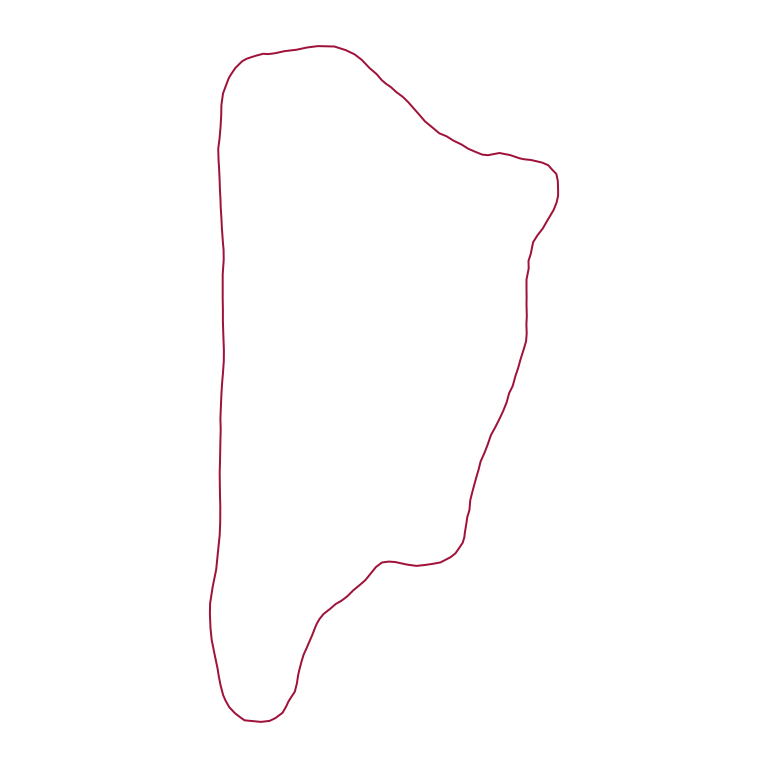 the district of Mulaku, Maldives
{"feature_id": "70690204B6879359618468", "entity_name": "Mulaku", "entity_type": "district", "adm_level": 2, "iso_a3": "MDV", "parent_name": "Maldives", "parent_adm1": "", "projection": "equal_earth", "projection_center": [73.487, 2.962], "detail": "fine", "context": "isolated", "style": "outline", "palette": "rose", "viewbox_px": 768, "rotation_deg": 0, "n_neighbors": 0, "source": "geoboundaries", "source_scale": "gbopen_adm2", "svg_char_len": 2428}
<svg xmlns="http://www.w3.org/2000/svg" viewBox="0 0 768 768"><path d="M260.8,721.9L269.6,720.9L275.4,718.1L282.6,712.7L286.3,706.2L288.5,701.4L292.0,695.9L294.8,691.7L296.9,683.4L298.2,674.8L299.6,668.8L301.6,661.3L303.6,654.7L306.4,648.6L308.3,644.1L312.1,635.4L314.8,628.4L316.7,623.9L319.5,619.0L323.5,614.0L330.3,608.7L335.7,604.0L341.5,600.7L347.4,596.2L353.3,590.3L360.1,584.7L365.4,580.1L369.9,574.5L376.0,567.0L382.0,562.5L388.7,561.6L395.1,562.0L407.1,564.6L416.5,565.9L425.6,564.9L432.4,563.9L440.5,562.4L450.7,557.1L455.4,553.4L459.4,547.7L462.7,542.7L464.3,537.4L464.9,532.4L466.2,524.5L467.3,517.0L469.4,510.2L470.3,500.1L471.8,494.0L473.5,487.6L476.2,477.7L478.6,469.6L480.6,461.5L484.7,452.3L488.0,443.7L490.8,435.4L495.5,426.8L500.3,417.2L503.2,410.9L506.7,402.2L509.1,393.2L512.7,386.0L515.5,375.8L518.0,368.5L520.6,359.1L524.0,348.4L526.1,341.1L526.7,333.3L526.4,324.5L526.8,316.0L526.5,304.5L526.6,297.5L526.5,288.3L526.5,279.5L528.7,268.5L528.5,260.8L530.6,254.5L530.8,253.7L533.1,242.2L537.6,235.1L542.7,228.6L547.1,220.9L550.7,214.9L553.7,209.8L556.6,202.4L558.1,195.8L558.1,190.3L557.8,180.7L556.3,173.9L552.1,169.6L548.2,165.2L542.2,162.6L531.1,160.0L524.4,159.3L519.9,158.4L510.2,155.1L499.4,153.0L487.9,155.2L482.2,154.6L475.8,152.0L468.3,148.8L461.7,144.6L453.6,140.7L446.6,136.3L439.3,133.3L432.3,127.4L425.0,121.4L419.6,115.1L414.4,109.2L407.7,101.6L402.8,96.9L396.1,91.9L391.0,87.2L386.2,83.9L381.9,80.3L376.7,74.2L369.5,68.0L361.8,59.9L354.5,54.3L345.7,50.1L334.4,46.5L318.0,46.1L307.0,47.5L296.7,49.7L284.2,51.2L275.3,53.2L268.3,54.1L263.1,53.8L256.3,55.6L251.2,57.2L246.5,58.8L242.1,61.3L235.4,67.9L232.0,72.9L228.9,77.8L226.4,84.3L223.0,93.5L221.4,105.1L221.2,115.5L220.6,126.2L219.6,138.0L218.2,149.0L218.6,160.9L219.0,166.9L219.6,179.2L219.9,188.9L220.5,200.0L220.7,207.2L221.4,218.1L221.9,228.2L222.9,242.3L223.6,250.1L223.7,259.9L222.7,274.4L222.7,289.4L222.7,299.1L222.9,309.4L222.9,321.1L223.3,333.9L223.9,350.5L223.8,361.2L222.9,373.9L222.1,383.1L221.4,394.5L221.0,403.6L220.4,418.5L220.7,429.5L220.4,441.1L220.2,451.4L220.0,462.0L219.7,472.3L219.8,482.5L220.0,495.9L220.3,506.5L220.2,522.8L219.7,535.1L218.0,551.5L216.2,569.5L212.7,586.7L210.1,603.4L209.9,614.0L210.5,628.3L211.7,640.0L214.7,654.9L217.5,668.2L218.8,676.4L220.6,685.4L223.1,695.0L225.5,700.5L229.2,707.1L234.7,713.0L240.5,717.5L244.5,720.3L252.8,721.1L260.8,721.9Z" fill="none" stroke="#9f1239" stroke-width="2"/></svg>